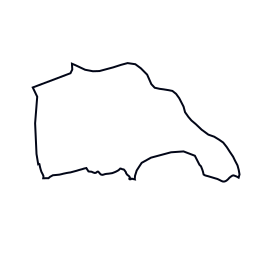 outline of Plateau, Dauphin, Saint Lucia, rotated 255°
{"feature_id": "8701671B21443736840155", "entity_name": "Plateau", "entity_type": "district", "adm_level": 2, "iso_a3": "LCA", "parent_name": "Saint Lucia", "parent_adm1": "Dauphin", "projection": "albers", "projection_center": [-60.936, 14.026], "detail": "fine", "context": "isolated", "style": "outline", "palette": "ink", "viewbox_px": 256, "rotation_deg": 255, "n_neighbors": 0, "source": "geoboundaries", "source_scale": "gbopen_adm2", "svg_char_len": 2021}
<svg xmlns="http://www.w3.org/2000/svg" viewBox="0 0 256 256"><g transform="rotate(255 128 128)"><path d="M204.6,90.5L203.2,90.2L198.9,89.3L198.1,88.6L195.8,86.6L191.8,46.5L181.7,48.4L156.6,39.5L126.6,32.9L116.4,31.9L116.5,32.2L116.4,32.7L116.0,33.1L115.3,33.0L112.6,32.9L110.6,32.9L108.2,33.0L105.5,33.6L103.6,33.9L102.5,33.6L101.4,33.1L100.1,38.2L101.0,40.0L101.8,43.2L101.5,44.9L101.1,47.2L100.7,49.7L100.6,52.0L100.6,53.6L100.5,55.3L100.4,57.2L100.2,59.3L100.0,60.8L100.0,62.6L100.0,64.5L100.0,67.2L100.1,70.0L100.1,73.3L100.2,75.1L100.1,77.4L98.1,78.0L96.3,78.6L95.8,79.8L95.2,81.5L94.1,82.8L93.3,84.0L93.0,85.2L93.2,85.8L93.7,87.0L93.7,87.7L93.3,88.1L92.5,88.5L90.8,89.3L90.0,89.9L89.4,91.0L89.3,92.2L89.4,93.7L89.3,95.1L89.1,96.3L88.9,97.5L88.7,99.2L88.5,101.1L88.7,103.1L88.9,104.7L89.1,105.6L89.4,107.0L89.8,108.2L90.8,110.0L90.6,110.6L89.5,112.1L89.1,113.1L88.3,113.6L85.9,114.5L84.8,114.5L83.1,115.1L82.2,115.8L80.9,116.7L79.7,117.0L79.3,116.6L78.9,116.3L78.5,116.1L77.9,116.6L77.8,117.6L78.1,118.6L77.8,119.1L77.5,119.5L76.6,121.3L76.9,121.3L80.0,122.4L84.7,125.4L87.8,128.8L90.8,132.2L93.4,142.5L93.4,163.3L91.0,175.6L83.9,185.4L74.0,187.5L72.1,188.6L68.5,189.0L66.4,189.1L63.5,189.0L62.9,189.6L62.6,189.8L61.9,190.8L61.6,191.3L60.7,192.9L58.8,196.0L57.0,198.9L55.6,201.2L53.9,203.2L52.7,204.5L51.8,205.7L51.4,206.9L51.4,207.6L51.4,207.9L51.4,208.2L51.7,209.5L52.6,211.4L53.7,213.1L54.4,214.7L55.0,216.5L54.9,217.7L54.1,218.9L53.2,220.1L52.7,220.7L51.4,222.0L54.3,223.7L58.9,224.1L63.5,224.1L68.9,222.9L73.1,222.1L78.9,220.1L83.9,218.5L89.3,216.2L93.1,213.0L97.3,209.0L100.8,203.9L107.3,198.7L114.3,194.4L118.9,191.2L123.1,189.2L128.5,187.2L129.6,187.2L134.3,187.2L143.5,185.2L148.5,183.3L152.3,180.5L153.9,177.3L154.8,175.3L156.2,172.2L157.7,168.6L160.0,164.2L164.3,161.9L174.6,160.3L182.3,155.9L187.7,151.6L190.8,144.4L190.8,137.7L190.4,129.4L190.4,122.2L190.4,115.1L191.9,108.8L194.9,102.6L195.4,101.6L198.7,97.7L200.4,95.7L202.5,93.2L204.6,90.5Z" fill="none" stroke="#020617" stroke-width="2"/></g></svg>